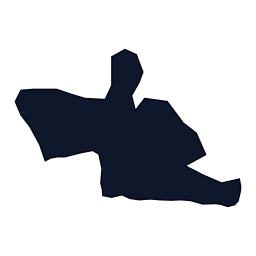 Mousoulita, Cyprus
{"feature_id": "46923920B47977238929858", "entity_name": "Mousoulita", "entity_type": "district", "adm_level": 2, "iso_a3": "CYP", "parent_name": "Cyprus", "parent_adm1": "", "projection": "equal_earth", "projection_center": [33.644, 35.193], "detail": "fine", "context": "isolated", "style": "filled", "palette": "ink", "viewbox_px": 256, "rotation_deg": 0, "n_neighbors": 0, "source": "geoboundaries", "source_scale": "gbopen_adm2", "svg_char_len": 816}
<svg xmlns="http://www.w3.org/2000/svg" viewBox="0 0 256 256"><path d="M45.3,160.7L50.7,157.9L57.2,156.7L64.9,156.7L73.3,154.6L81.7,152.5L87.9,151.3L92.9,150.4L99.0,154.2L102.1,168.8L100.9,183.0L102.5,189.7L102.9,195.5L111.7,197.2L122.0,194.7L130.1,198.4L139.3,199.7L150.4,198.9L160.4,199.7L171.2,200.1L181.1,199.7L190.7,200.5L202.6,203.9L215.7,203.5L221.1,204.3L227.6,206.4L234.5,204.7L238.0,200.9L240.3,191.3L240.6,186.3L239.3,179.1L221.5,183.1L202.8,175.0L185.0,165.8L205.6,154.6L196.2,133.2L183.1,123.0L167.2,101.6L144.7,98.5L135.3,110.8L131.5,95.5L139.0,82.2L142.8,72.0L136.2,54.7L125.0,49.6L111.9,56.8L111.9,73.1L111.9,85.3L105.3,99.6L84.7,98.5L71.6,94.5L56.6,89.4L46.3,89.4L33.2,89.4L21.0,90.4L15.4,101.6L21.0,114.8L30.3,127.1L39.7,144.4L45.3,160.7Z" fill="#0f172a" stroke="#020617" stroke-width="1.5"/></svg>